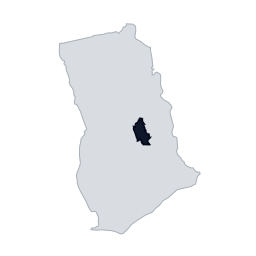 location of Sene West, Brong Ahafo, Ghana, rotated 348°
{"feature_id": "2480657B37380438315906", "entity_name": "Sene West", "entity_type": "district", "adm_level": 2, "iso_a3": "GHA", "parent_name": "Ghana", "parent_adm1": "Brong Ahafo", "projection": "natural_earth1", "projection_center": [-0.653, 7.749], "detail": "fine", "context": "in_parent", "style": "filled", "palette": "ink", "viewbox_px": 256, "rotation_deg": 348, "n_neighbors": 0, "source": "geoboundaries", "source_scale": "gbopen_adm2", "svg_char_len": 6226}
<svg xmlns="http://www.w3.org/2000/svg" viewBox="0 0 256 256"><g transform="rotate(348 128 128)"><path d="M154.3,27.4L156.1,29.4L156.5,30.5L155.8,34.6L154.6,37.5L153.7,40.2L153.9,41.6L154.6,42.9L157.3,45.1L158.7,46.4L160.3,48.5L162.2,50.6L165.3,53.3L166.7,53.7L166.6,54.5L166.2,55.5L165.9,65.5L165.6,68.0L165.4,69.3L165.1,73.0L164.8,73.6L164.2,73.5L163.6,73.7L163.5,74.4L163.7,75.2L165.6,75.7L165.2,76.3L163.8,76.8L163.1,77.9L163.4,79.2L162.6,80.2L162.9,80.9L163.4,81.4L164.2,81.2L166.4,79.5L167.4,79.3L168.5,79.7L170.7,82.3L170.8,83.6L169.9,87.9L169.0,91.3L168.9,95.8L169.8,98.3L169.7,99.7L168.7,100.9L166.5,102.7L166.7,103.9L167.7,106.1L169.5,108.5L173.2,111.6L175.1,115.6L175.2,117.2L174.0,118.8L172.7,120.2L172.3,122.3L172.9,135.6L170.0,141.4L170.0,143.0L170.3,144.9L171.0,146.1L172.5,146.4L173.7,147.5L173.3,151.6L172.7,155.7L172.6,157.7L172.2,158.7L171.1,159.5L170.7,160.8L170.9,162.4L170.7,163.6L171.4,165.1L172.7,167.0L174.8,171.8L175.6,172.2L176.0,173.2L175.7,174.2L176.6,176.3L178.9,178.4L181.4,180.2L183.4,180.5L183.9,182.2L185.2,184.3L186.1,185.2L187.6,185.8L188.9,186.1L189.0,187.9L186.7,189.1L185.2,190.9L184.0,193.7L182.4,196.8L176.9,198.4L174.8,198.4L163.4,198.5L152.8,204.5L146.7,206.6L142.9,210.0L137.9,212.5L134.3,215.4L127.0,216.8L115.0,221.4L111.2,223.2L107.4,226.4L101.2,230.2L98.7,230.1L93.9,226.6L90.2,224.9L81.3,222.2L74.7,221.1L71.4,220.0L70.6,219.8L71.3,218.5L73.2,218.5L75.1,218.8L76.6,217.9L78.8,217.7L79.3,216.7L79.5,214.2L79.5,212.2L80.3,211.2L80.5,208.8L79.4,203.5L78.6,202.9L74.8,202.1L74.5,201.1L73.8,199.9L73.0,197.2L72.2,193.1L70.8,188.0L68.2,179.6L67.6,176.7L67.1,173.6L67.0,170.0L67.6,168.7L67.5,166.8L67.3,165.0L69.1,160.7L72.7,155.5L73.5,153.6L74.2,152.3L74.3,150.4L74.9,144.3L76.6,137.0L77.7,134.2L78.5,132.7L79.4,130.2L79.6,129.1L82.9,126.2L84.4,125.4L84.8,124.3L84.3,123.0L84.5,122.2L85.3,121.8L86.5,121.4L87.4,120.2L86.0,111.2L84.9,102.1L84.8,101.4L84.2,100.1L83.5,96.4L82.4,94.2L80.8,93.5L80.8,91.5L82.4,88.0L82.8,86.0L82.1,85.4L82.0,83.8L82.5,81.2L82.2,79.6L82.0,77.9L80.3,74.0L79.9,71.2L80.8,69.5L80.8,65.9L79.9,60.4L79.7,56.9L80.3,55.5L80.1,54.1L78.9,52.8L78.8,51.5L79.8,50.2L79.7,49.3L78.4,48.5L77.3,46.8L76.3,44.1L76.5,39.8L78.4,31.8L78.6,31.2L80.8,31.2L80.8,31.6L87.4,31.5L95.0,31.4L104.1,31.3L112.4,31.2L112.7,30.8L114.1,30.4L122.4,31.2L127.6,30.8L129.9,31.1L131.5,31.6L135.1,31.3L137.0,31.5L138.4,33.5L139.0,33.4L139.8,32.6L141.3,31.7L142.7,30.9L143.8,29.3L144.4,28.2L145.4,28.4L146.7,28.3L147.6,27.3L148.0,25.8L154.3,27.4Z" fill="#d9dde1" stroke="#a8b0b8" stroke-width="1"/><path d="M144.0,121.8L142.9,121.4L142.4,121.1L141.4,120.9L140.7,121.9L140.6,122.2L141.0,122.8L141.0,123.0L140.8,123.2L140.3,123.5L140.1,123.5L140.0,123.4L140.0,123.5L139.7,123.5L139.5,123.4L139.4,123.4L139.3,123.5L139.3,123.8L139.0,123.9L138.9,124.0L138.8,124.3L138.7,124.2L138.6,124.3L138.3,124.7L138.2,124.8L137.9,125.0L137.8,125.3L137.7,125.2L137.7,124.8L137.2,124.9L136.9,125.0L136.7,125.2L136.5,125.3L136.3,125.4L136.2,125.6L136.2,125.8L136.1,126.0L135.9,126.3L135.7,126.6L135.6,127.0L135.5,127.3L135.4,127.6L135.2,127.8L135.2,128.0L135.2,128.5L134.9,128.6L134.6,128.4L134.3,128.4L134.2,128.2L133.9,127.9L133.8,128.0L133.7,127.9L133.7,128.0L133.7,128.3L133.7,128.5L133.7,128.8L133.8,128.8L133.7,128.9L133.8,129.2L133.7,129.4L133.6,129.5L133.4,129.7L133.4,129.8L133.2,130.0L133.2,130.3L133.2,130.7L133.2,131.0L133.3,131.4L133.4,131.6L133.5,131.7L133.6,131.9L133.6,132.2L133.6,132.5L133.6,132.8L133.7,133.1L133.9,133.3L133.9,133.5L133.8,133.8L134.0,134.0L134.0,134.3L134.1,134.6L134.0,135.1L134.0,135.3L134.0,135.6L134.1,135.9L134.2,136.0L134.2,136.7L134.2,136.9L134.2,137.2L134.3,137.3L134.4,137.5L134.4,138.1L134.3,138.3L134.2,138.6L134.3,138.9L134.5,139.2L134.7,139.3L134.8,139.4L134.9,139.6L134.8,139.8L134.8,140.0L134.7,140.0L134.7,140.3L134.6,140.6L134.7,140.8L134.9,140.9L134.9,141.0L135.0,141.0L134.9,141.4L135.1,141.5L135.2,141.8L135.3,142.0L135.2,142.2L135.2,142.4L134.9,142.5L135.0,142.6L134.9,142.7L135.0,142.7L135.3,142.6L135.5,142.5L135.8,142.5L135.8,142.4L135.9,142.2L136.0,142.2L136.3,142.1L136.6,142.1L136.8,142.0L136.9,141.9L137.0,141.9L137.1,141.7L137.3,141.5L137.3,141.8L137.5,142.0L137.6,141.9L137.7,142.1L137.8,142.1L137.9,142.3L138.1,142.4L138.1,142.5L138.4,142.7L138.4,142.8L138.4,143.0L138.5,143.2L138.4,143.3L138.4,143.5L138.5,143.6L138.4,143.6L138.3,143.8L138.4,144.0L138.5,144.1L138.4,144.3L138.3,144.6L138.3,144.8L138.3,145.1L138.4,145.3L138.5,145.3L138.7,145.7L138.7,145.9L138.7,146.0L138.8,146.1L138.9,146.3L139.0,146.4L139.1,146.6L139.3,146.6L139.2,146.7L139.4,146.9L139.5,147.0L139.5,147.3L139.8,147.5L140.0,147.7L140.3,147.6L140.5,147.5L140.8,147.6L141.0,147.6L141.3,147.5L141.5,147.7L141.8,147.7L141.8,147.8L142.0,147.8L142.3,147.9L142.5,147.9L142.6,148.0L142.7,147.9L142.9,148.0L143.0,148.1L143.3,148.0L143.5,148.2L143.6,148.3L143.7,148.2L143.8,148.2L144.0,148.3L144.3,148.4L144.4,148.5L144.5,148.5L144.5,148.4L144.6,148.5L144.8,148.6L145.0,148.7L145.2,148.8L145.4,148.9L145.5,148.9L145.8,148.8L145.7,148.7L145.6,148.3L145.5,148.2L145.5,147.9L145.3,147.8L145.3,147.7L145.1,147.5L145.1,147.2L144.9,147.0L144.9,146.8L144.8,146.6L144.8,146.4L144.7,146.1L144.5,145.9L144.6,145.6L144.5,145.4L144.5,145.1L144.6,144.8L144.7,144.4L144.8,144.3L144.9,144.2L145.0,143.9L145.2,143.7L145.4,143.4L145.6,143.3L145.6,143.2L145.8,143.1L146.0,143.0L146.2,142.9L146.4,142.9L146.5,142.8L146.6,142.7L146.8,142.7L147.0,142.6L147.2,142.4L147.7,142.1L147.8,142.0L147.9,141.9L147.4,141.9L147.0,141.9L147.0,141.7L146.9,141.7L146.9,141.2L146.9,140.8L147.0,140.5L147.1,140.0L147.1,139.8L147.1,139.7L147.2,139.4L147.2,139.2L147.2,138.8L147.2,138.6L147.1,138.1L145.5,138.1L145.4,137.8L145.1,137.3L145.2,137.1L145.2,136.9L144.9,136.8L144.9,136.6L144.7,136.3L144.6,136.1L144.6,135.9L144.7,135.6L144.4,135.4L144.3,135.2L144.5,134.9L144.6,134.7L144.8,134.3L144.9,134.1L145.0,133.9L144.9,133.7L144.2,133.7L144.0,133.4L144.2,133.1L144.1,132.8L144.3,132.6L144.3,132.1L144.3,131.7L144.4,131.4L144.2,131.0L144.0,130.6L144.2,130.1L144.1,129.9L143.9,129.9L143.8,129.5L143.9,129.1L144.0,129.0L144.0,128.9L144.0,128.6L144.0,128.3L143.9,128.1L144.3,127.7L144.3,127.3L144.5,127.2L144.7,127.3L143.6,124.6L143.6,124.3L143.7,123.9L144.0,121.8Z" fill="#0f172a" stroke="#020617" stroke-width="1.5"/></g></svg>